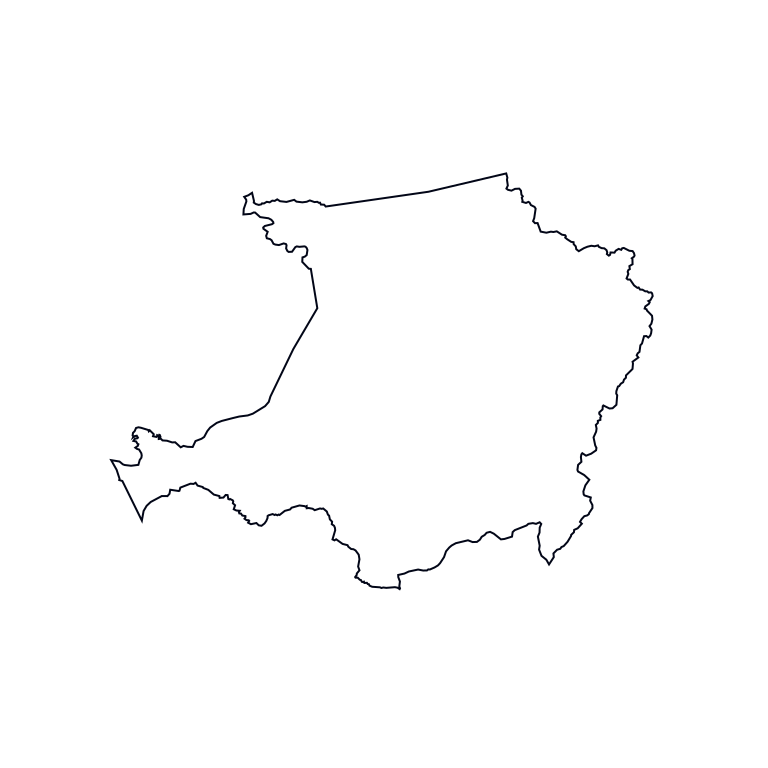 the district of Thma Bang, Kaôh Kong, Cambodia, rotated 72°
{"feature_id": "14789045B69195148792463", "entity_name": "Thma Bang", "entity_type": "district", "adm_level": 2, "iso_a3": "KHM", "parent_name": "Cambodia", "parent_adm1": "Kaôh Kong", "projection": "robinson", "projection_center": [103.537, 11.691], "detail": "fine", "context": "isolated", "style": "outline", "palette": "ink", "viewbox_px": 768, "rotation_deg": 72, "n_neighbors": 0, "source": "geoboundaries", "source_scale": "gbopen_adm2", "svg_char_len": 6165}
<svg xmlns="http://www.w3.org/2000/svg" viewBox="0 0 768 768"><g transform="rotate(72 384 384)"><path d="M606.6,282.8L601.1,276.0L597.5,275.2L595.1,270.6L595.2,267.3L593.9,265.6L593.7,263.2L590.8,258.2L586.4,253.1L585.3,252.6L583.7,249.2L581.5,248.2L581.1,244.4L578.0,239.0L575.7,240.2L573.6,237.8L571.6,234.3L571.8,231.5L571.1,229.4L570.2,228.9L566.4,224.1L563.5,223.2L558.7,224.0L555.8,222.4L551.9,227.8L550.7,228.2L547.8,227.6L542.6,223.8L538.5,218.3L532.5,221.7L527.2,226.5L525.5,226.6L520.9,224.4L519.0,220.3L514.3,219.3L511.9,218.0L511.1,216.8L514.6,214.0L514.3,208.5L512.6,202.8L510.4,201.7L507.7,202.1L499.5,201.2L494.9,197.0L492.1,195.6L488.4,195.2L487.1,192.6L485.1,192.0L485.0,189.3L482.7,188.6L481.7,187.4L478.9,188.5L477.5,188.0L475.7,184.0L472.7,182.8L472.2,182.0L477.0,177.1L477.7,174.1L475.6,169.4L466.8,165.7L464.9,166.1L462.6,165.2L458.7,162.3L458.7,161.0L456.9,158.7L456.2,156.0L454.0,154.4L452.8,152.0L450.6,151.2L446.5,143.0L441.5,140.9L439.6,140.7L437.4,133.9L434.8,134.8L433.2,133.2L432.4,131.1L426.4,128.2L425.2,126.1L418.9,121.9L419.5,119.6L421.5,118.3L420.2,115.8L418.3,114.3L415.0,112.7L411.0,113.6L409.3,111.1L405.6,108.8L401.9,108.0L395.4,111.2L394.1,111.2L392.8,112.8L391.0,111.5L389.6,107.3L388.3,106.0L386.8,106.9L386.5,104.6L383.4,101.3L380.6,101.0L379.4,101.7L378.8,104.1L377.2,105.0L376.6,106.9L374.2,109.0L373.3,111.3L370.9,112.0L370.9,113.3L367.5,115.7L360.7,117.7L360.0,119.8L358.6,120.7L354.8,117.6L352.6,117.6L351.2,116.5L350.7,114.7L347.7,114.2L346.9,110.6L341.9,109.1L341.0,109.5L340.1,106.8L339.2,106.0L336.8,105.8L334.4,106.5L333.1,109.5L328.7,113.9L328.5,115.5L329.7,116.9L328.0,119.1L328.8,122.4L330.3,124.2L328.9,127.9L331.0,129.1L331.4,130.5L329.3,131.9L327.8,131.0L325.5,131.0L323.1,132.5L322.0,135.1L319.9,137.3L318.3,137.6L318.1,141.1L316.6,144.1L316.3,148.1L316.6,152.0L317.9,157.7L315.2,159.5L312.4,159.1L309.6,160.4L307.7,159.9L306.7,162.0L303.0,165.0L300.8,166.4L299.7,165.4L298.5,165.7L297.0,168.6L292.2,172.5L291.8,175.9L290.7,178.2L290.3,182.8L287.5,187.9L278.4,188.2L277.7,190.7L275.2,191.9L272.7,189.9L264.1,185.6L262.1,186.1L259.2,189.0L256.4,189.5L255.4,190.4L255.7,193.0L253.5,196.2L252.3,195.5L249.4,195.4L248.4,194.0L246.4,194.8L242.5,194.0L240.0,195.0L238.9,199.1L239.5,203.0L237.6,206.1L236.0,207.2L233.5,204.9L227.6,203.9L225.9,202.9L221.5,202.7L214.9,282.3L197.2,384.6L195.0,385.5L193.8,388.6L191.8,388.8L191.6,389.9L190.1,391.2L189.5,393.9L186.5,397.8L186.8,401.2L186.0,405.5L183.5,410.9L181.1,412.5L180.7,420.5L178.0,426.4L175.4,428.5L176.1,431.3L175.1,433.6L175.9,436.6L174.5,439.2L175.2,442.4L174.5,444.2L175.2,445.1L175.0,447.7L173.3,450.2L171.2,451.8L169.8,451.1L161.4,450.4L162.6,454.7L162.8,459.1L166.1,458.1L167.9,458.5L174.2,463.3L179.3,465.3L181.0,458.3L180.6,454.9L181.1,453.6L187.0,450.2L190.7,442.6L193.0,440.4L195.7,439.3L196.9,439.5L197.4,441.2L196.9,448.5L197.8,450.5L199.1,450.7L203.3,447.6L206.7,450.3L209.2,450.4L210.9,447.7L212.5,446.5L216.5,445.8L217.8,444.3L219.4,441.0L219.3,436.0L220.6,434.0L221.9,433.8L224.8,435.2L227.6,434.8L228.9,433.9L229.8,430.6L226.4,426.0L226.2,424.4L227.4,422.1L228.5,417.2L229.2,416.2L230.8,415.5L232.9,415.4L237.5,417.7L238.4,420.0L238.4,422.4L242.6,424.0L251.1,419.9L251.9,418.0L291.3,424.0L322.7,459.4L360.8,495.9L365.4,499.1L368.3,503.9L371.7,517.9L371.8,523.3L370.2,531.7L369.7,538.2L369.0,549.7L369.3,555.1L371.7,562.8L374.2,566.6L378.8,571.4L379.7,574.5L380.0,580.9L384.8,585.4L383.0,590.3L380.9,593.8L381.4,596.9L374.9,600.6L374.1,603.5L370.9,607.9L369.2,612.1L367.0,613.2L366.7,615.2L365.1,614.7L365.6,614.2L365.1,612.9L363.2,613.0L362.9,613.4L363.8,614.1L362.6,615.5L363.6,615.9L364.0,616.8L362.3,619.8L360.6,618.5L355.6,621.1L356.3,622.3L354.9,622.4L350.5,628.7L349.3,630.9L349.2,633.4L351.8,635.7L352.9,637.8L355.3,639.0L356.4,638.4L357.2,639.1L356.5,637.1L356.8,635.1L359.0,634.6L359.4,635.4L359.0,637.7L360.7,639.9L362.1,637.5L364.5,637.0L365.4,636.2L366.8,637.3L367.7,640.2L369.4,639.0L370.6,637.2L374.9,636.2L377.1,636.5L379.1,637.5L380.8,639.8L385.0,642.6L383.6,649.8L380.9,655.7L379.7,657.2L376.0,659.5L372.1,667.0L383.0,664.8L392.4,664.8L393.5,665.5L395.4,662.8L439.1,656.5L430.5,651.9L426.5,647.4L424.1,642.3L421.9,629.9L423.7,624.6L422.1,621.9L418.5,620.0L422.4,612.2L422.3,611.5L419.6,609.7L419.0,598.9L420.2,596.0L419.7,593.7L423.0,592.7L426.0,588.2L427.0,588.0L430.4,583.8L436.6,580.0L439.7,575.2L441.5,575.5L442.4,571.8L440.6,568.9L441.3,567.1L445.3,567.6L446.0,566.7L445.8,565.9L447.9,563.8L448.9,563.6L450.7,564.6L453.3,563.1L456.7,565.6L458.7,563.5L460.0,560.4L461.0,561.6L462.4,561.6L463.0,560.1L465.3,559.4L466.8,556.6L467.9,556.9L469.0,558.3L470.9,556.9L471.8,554.8L472.5,554.5L473.9,556.1L476.2,553.9L476.8,548.3L479.7,546.8L481.0,544.3L479.7,540.7L477.9,538.3L475.5,536.2L473.6,535.5L473.2,534.4L473.3,530.1L474.8,528.5L474.6,527.4L475.9,526.0L475.6,524.6L476.3,523.8L474.0,517.5L474.3,512.1L473.1,510.1L473.4,501.9L475.6,497.3L476.4,496.6L476.2,495.3L478.3,495.9L478.7,493.9L480.6,490.4L482.6,488.9L482.6,483.3L483.5,481.8L483.6,480.3L487.6,477.8L490.9,477.7L492.2,476.9L496.0,477.3L498.9,475.9L501.2,477.0L503.4,475.3L505.6,475.1L508.0,475.6L515.9,481.0L517.4,479.4L516.9,477.5L523.3,472.8L526.0,468.5L527.8,468.2L530.8,466.2L531.7,464.1L533.5,462.5L538.5,460.8L543.1,461.5L549.6,465.0L553.6,464.9L555.8,468.4L557.2,469.0L558.7,471.1L559.4,470.9L560.0,468.9L562.7,467.5L563.4,466.5L565.3,466.2L566.0,465.0L565.8,464.2L567.2,464.1L567.8,461.7L569.2,461.3L569.8,460.2L571.3,460.1L573.2,457.9L576.1,450.7L577.2,449.5L577.3,447.6L578.6,444.8L580.6,436.4L581.9,434.1L583.9,432.5L583.3,431.9L581.2,432.0L576.8,429.9L572.1,430.1L570.0,429.5L570.6,423.1L570.0,418.3L571.0,408.9L573.5,404.4L574.6,400.7L574.0,399.2L574.6,397.7L574.1,392.6L573.2,388.7L571.7,386.0L567.2,380.4L562.3,376.7L559.7,372.5L558.5,369.6L557.6,364.9L558.6,352.4L561.7,348.6L562.9,344.4L561.7,340.9L559.5,338.3L558.7,334.9L557.2,332.4L557.4,328.8L560.3,325.8L567.9,320.8L568.6,317.3L568.7,309.4L564.6,307.4L563.4,304.8L562.6,292.1L561.6,289.9L562.3,285.4L564.0,282.6L563.6,278.7L565.7,277.7L568.7,280.3L573.4,282.0L576.7,284.8L585.9,285.9L589.4,287.7L596.1,287.3L601.3,283.9L606.6,282.8Z" fill="none" stroke="#020617" stroke-width="2"/></g></svg>